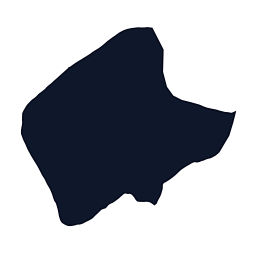 outline of Jayshan, Abyan, Yemen, rotated 184°
{"feature_id": "15242507B52959296866890", "entity_name": "Jayshan", "entity_type": "district", "adm_level": 2, "iso_a3": "YEM", "parent_name": "Yemen", "parent_adm1": "Abyan", "projection": "albers", "projection_center": [46.198, 14.169], "detail": "fine", "context": "isolated", "style": "filled", "palette": "ink", "viewbox_px": 256, "rotation_deg": 184, "n_neighbors": 0, "source": "geoboundaries", "source_scale": "gbopen_adm2", "svg_char_len": 3118}
<svg xmlns="http://www.w3.org/2000/svg" viewBox="0 0 256 256"><g transform="rotate(184 128 128)"><path d="M191.1,183.8L191.4,183.1L192.2,182.3L203.3,170.8L205.1,169.0L206.6,167.3L208.3,165.7L210.1,164.1L211.7,162.4L213.1,160.5L214.8,159.0L216.4,157.5L218.6,155.7L220.0,154.1L221.5,152.3L223.2,150.7L225.1,149.2L226.6,147.5L228.2,145.6L229.6,143.9L230.9,141.7L231.8,139.8L232.8,137.8L233.8,135.2L233.7,133.0L233.7,130.7L233.5,128.4L233.2,126.3L233.3,123.4L233.6,121.2L233.8,119.1L233.8,116.9L233.5,114.7L232.6,112.7L231.5,110.1L230.5,108.2L229.3,106.2L228.1,104.0L227.0,101.8L226.0,99.9L224.8,98.0L223.6,96.2L222.5,94.4L221.0,92.3L219.7,90.4L218.3,88.4L216.9,86.6L215.6,84.7L214.3,82.7L214.2,82.6L213.0,80.6L211.7,78.5L210.6,76.6L209.2,74.5L207.9,72.8L206.6,70.9L205.4,68.7L204.3,66.8L203.0,64.9L201.7,63.0L200.5,61.1L199.9,59.8L199.5,59.1L198.5,57.0L197.7,55.0L196.9,53.0L195.8,50.5L194.2,48.5L193.3,46.4L192.6,44.4L191.8,42.2L191.2,40.0L190.6,37.7L190.0,35.4L189.2,33.3L188.2,31.0L186.9,29.4L184.9,28.3L183.0,27.4L180.9,26.8L178.6,26.9L176.5,27.3L174.1,28.0L172.0,28.8L169.8,29.0L167.7,29.7L165.8,30.7L163.7,32.1L161.8,33.1L160.1,34.2L158.2,35.4L156.6,37.0L155.2,38.7L153.5,40.5L152.1,42.0L150.6,43.7L149.2,45.3L147.2,46.2L145.1,47.0L143.8,48.7L142.4,50.6L140.5,51.9L138.5,52.9L136.4,54.5L134.5,56.1L132.6,57.8L131.1,59.4L129.6,60.9L127.8,62.7L125.8,63.3L123.6,62.9L121.5,63.3L119.3,62.5L117.8,61.1L116.3,59.5L115.0,57.6L113.5,56.1L111.3,55.9L109.1,56.0L106.9,56.1L104.6,56.5L102.4,56.4L100.2,55.9L98.3,54.8L96.2,53.5L94.6,55.2L94.0,57.3L93.2,59.3L92.2,61.2L91.4,63.3L90.8,65.4L90.4,67.5L89.9,69.6L89.9,71.8L90.1,73.9L89.0,76.1L86.9,77.3L85.1,78.6L83.4,79.9L81.5,81.5L79.8,83.0L78.1,84.6L76.6,86.2L75.0,88.0L73.5,89.6L71.9,91.1L70.2,92.4L68.5,93.7L66.7,95.0L64.8,96.2L63.0,97.5L61.2,98.6L59.1,99.4L56.9,99.1L54.8,99.7L52.6,100.8L50.6,101.5L48.7,102.5L46.8,103.4L44.7,104.0L43.5,104.4L41.1,105.9L39.0,107.3L36.8,109.4L35.6,110.8L27.1,127.7L26.9,128.5L24.5,139.1L24.2,140.2L22.2,151.4L25.6,149.6L25.9,149.7L27.4,149.7L27.6,149.8L29.1,150.0L30.6,150.0L32.2,150.0L33.9,150.3L35.7,150.6L36.6,150.8L37.4,150.9L39.2,151.3L41.2,151.8L42.8,152.0L44.4,152.2L46.3,152.4L47.9,152.7L49.6,152.9L51.6,153.3L53.2,153.8L54.7,154.2L56.3,154.8L58.3,155.5L59.9,155.9L61.6,156.2L63.1,156.6L65.0,156.9L66.1,157.2L76.3,159.0L85.6,162.9L92.7,171.5L97.7,186.4L98.5,205.3L98.7,208.5L111.1,229.1L112.9,229.1L114.5,229.2L116.0,229.2L117.6,228.9L119.3,228.6L120.9,228.5L122.5,228.4L124.1,228.5L126.1,228.2L127.7,227.9L129.3,227.6L131.0,227.3L132.5,226.9L134.1,226.4L135.6,226.0L137.2,225.3L139.0,224.5L140.3,223.7L141.9,222.7L143.3,221.8L144.5,220.7L145.7,219.8L146.9,218.7L148.4,217.6L149.6,216.6L151.0,215.4L152.3,214.3L153.6,213.2L154.8,212.1L155.8,211.0L157.0,209.8L158.2,208.7L159.3,207.6L160.5,206.6L161.9,205.4L163.2,204.4L164.6,203.4L166.1,202.4L167.3,201.5L168.6,200.5L169.8,199.4L171.2,198.3L172.5,197.3L173.8,196.4L175.1,195.4L176.5,194.5L177.8,193.5L179.1,192.5L180.5,191.6L182.0,190.5L183.5,189.4L184.8,188.5L186.0,187.5L187.2,186.5L188.4,185.5L189.6,184.5L191.1,183.8Z" fill="#0f172a" stroke="#020617" stroke-width="1.5"/></g></svg>